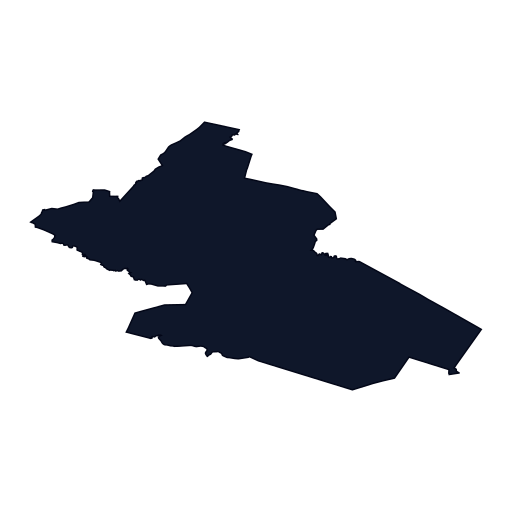 outline of Jaunannas pag., Aluksne, Latvia
{"feature_id": "27541924B81808948627950", "entity_name": "Jaunannas pag.", "entity_type": "district", "adm_level": 2, "iso_a3": "LVA", "parent_name": "Latvia", "parent_adm1": "Aluksne", "projection": "equal_earth", "projection_center": [27.083, 57.287], "detail": "fine", "context": "isolated", "style": "filled", "palette": "ink", "viewbox_px": 512, "rotation_deg": 0, "n_neighbors": 0, "source": "geoboundaries", "source_scale": "gbopen_adm2", "svg_char_len": 5972}
<svg xmlns="http://www.w3.org/2000/svg" viewBox="0 0 512 512"><path d="M258.4,360.8L352.4,389.8L373.0,383.4L382.9,380.8L394.5,378.1L409.0,357.1L449.0,369.6L448.8,373.3L449.1,373.8L449.2,374.5L459.0,373.0L459.0,372.8L456.4,371.3L456.2,369.3L454.1,367.9L456.1,364.9L481.3,329.4L444.7,308.6L427.8,299.3L419.4,294.3L406.9,287.6L398.7,283.1L398.9,283.0L359.6,261.7L358.9,261.5L356.6,261.7L355.7,261.7L355.3,261.1L355.7,260.6L355.6,260.3L354.8,259.5L354.0,259.1L351.5,258.5L349.8,258.6L348.4,259.0L347.5,259.6L346.9,259.7L345.9,259.2L345.8,258.9L345.2,258.7L340.7,258.1L340.3,258.2L339.8,258.6L337.6,259.0L336.9,258.7L336.3,256.9L336.4,256.5L336.3,256.2L335.6,255.9L334.6,256.0L334.2,256.2L334.1,256.5L334.5,256.8L334.5,257.3L333.1,257.7L332.4,258.0L331.9,258.0L331.5,257.4L331.4,256.7L330.6,256.5L330.0,256.8L329.8,257.3L329.6,257.4L328.5,257.2L328.1,256.8L328.4,255.7L328.3,255.1L328.0,254.5L327.7,253.4L326.0,253.4L325.5,253.7L325.5,253.9L326.8,254.4L327.3,254.9L326.7,255.3L325.2,255.3L324.9,255.1L323.7,253.4L323.3,253.1L322.7,252.8L322.2,252.8L321.9,253.1L321.7,254.4L321.5,254.8L321.0,254.7L319.7,254.0L319.3,254.0L318.0,255.5L317.3,255.5L316.7,253.6L316.2,253.0L315.1,252.3L313.6,250.7L312.8,250.3L311.2,250.2L311.8,249.6L313.2,247.8L314.6,243.8L315.3,241.4L316.7,240.4L316.7,239.0L314.0,235.3L314.0,235.1L316.0,230.4L317.0,229.4L317.3,229.2L323.1,229.1L328.5,224.7L329.8,224.4L329.8,223.6L336.3,218.8L335.0,212.0L329.6,206.6L320.6,197.0L317.7,194.3L317.0,193.7L306.8,191.7L302.9,190.7L302.8,190.9L287.2,186.6L279.6,185.1L272.5,184.0L266.1,182.9L250.5,179.4L244.5,178.2L246.6,169.8L247.3,168.2L251.1,156.2L251.9,154.3L245.4,151.7L225.6,146.1L222.9,145.0L222.9,144.1L223.9,144.0L224.6,143.8L224.4,143.6L224.9,143.2L226.1,143.1L226.2,142.9L225.5,142.6L227.1,142.4L229.1,140.7L229.9,140.3L232.1,139.5L232.2,139.0L230.7,138.2L230.6,137.6L230.3,137.5L230.1,137.2L231.0,137.0L231.3,136.4L232.0,135.8L231.9,135.6L232.1,135.0L232.4,134.7L233.1,134.7L234.1,135.0L234.5,135.0L235.0,134.6L235.2,134.0L235.3,134.0L236.7,134.1L237.3,134.4L237.6,134.4L237.1,133.6L237.0,133.2L237.0,132.8L237.4,132.3L238.1,132.0L238.7,131.5L238.7,130.9L239.2,129.7L204.5,122.2L199.4,127.4L196.9,129.4L189.5,134.6L187.2,135.8L184.9,137.2L180.3,140.9L176.1,142.9L171.3,145.0L169.8,146.0L168.6,147.0L166.0,150.9L164.6,152.7L162.4,154.2L161.1,154.7L160.5,155.3L158.2,159.1L162.4,165.5L161.2,166.2L158.9,167.0L155.3,169.2L154.1,171.0L148.1,175.8L147.4,175.9L146.1,176.4L145.8,176.8L145.6,177.1L145.2,177.4L143.3,177.7L142.4,178.0L142.3,178.3L142.3,179.4L142.2,179.9L141.9,180.1L140.8,180.3L140.6,180.6L140.2,180.7L139.8,180.8L139.0,180.5L138.4,180.7L138.0,181.1L136.9,181.2L136.8,181.4L136.5,181.7L136.4,181.8L136.8,182.2L136.7,182.3L136.1,182.4L135.8,182.6L135.8,182.8L136.2,183.2L136.2,183.3L135.5,183.9L135.5,184.2L135.3,184.5L134.2,185.1L133.4,186.4L119.8,201.3L118.6,198.9L117.5,197.5L117.4,197.3L117.7,196.4L117.1,196.3L115.4,196.4L109.7,196.3L109.5,192.6L109.6,191.6L104.6,190.0L95.4,190.1L93.3,189.9L92.8,190.9L92.7,191.5L93.4,191.9L93.2,193.4L92.7,197.7L89.3,201.7L88.5,202.2L84.5,202.2L78.9,202.5L73.8,204.4L65.8,206.9L61.0,208.1L57.7,209.2L51.8,208.5L44.8,210.3L44.6,209.6L42.7,210.0L42.2,211.9L41.8,212.2L41.4,213.3L41.6,213.6L40.9,214.5L39.0,216.2L30.7,222.1L31.5,222.5L32.7,222.8L35.2,224.2L35.4,227.1L37.1,227.4L43.5,229.7L52.5,233.7L55.0,235.2L55.1,235.3L54.8,235.5L54.7,237.3L53.4,239.1L52.1,240.1L52.2,241.7L57.3,242.6L60.6,243.5L61.8,243.2L62.7,243.3L63.3,243.6L63.6,244.1L63.7,244.8L63.9,245.1L64.2,245.2L65.4,245.2L66.8,244.9L67.8,244.9L68.1,245.5L68.6,246.4L69.0,246.7L69.3,247.4L69.7,247.5L71.2,247.8L72.0,247.6L72.4,247.4L72.6,246.3L73.1,245.9L74.1,245.9L76.4,246.7L76.7,246.9L77.1,247.5L77.2,247.9L77.1,249.4L77.1,250.0L77.6,250.3L78.9,250.8L79.6,251.2L81.1,251.7L82.1,252.3L82.5,252.8L82.6,253.4L82.3,254.2L82.8,254.7L83.2,254.8L83.7,254.8L85.0,254.3L85.4,254.8L85.4,255.1L85.2,255.4L84.7,255.7L83.0,256.0L82.8,256.1L82.9,256.3L84.6,256.7L86.0,256.3L86.3,256.3L86.9,256.7L87.3,257.1L86.6,257.7L86.7,258.1L89.1,259.0L89.6,259.6L90.0,259.8L93.8,260.2L95.4,260.6L100.9,262.4L101.5,263.0L100.8,264.5L102.1,265.1L103.5,265.5L103.8,266.4L104.3,267.2L105.4,267.5L106.8,268.9L109.7,270.3L110.1,270.0L113.3,270.3L113.8,270.7L115.1,270.3L115.6,271.0L117.6,270.6L118.7,271.1L121.4,270.8L122.1,269.9L122.5,269.8L122.7,269.3L124.9,268.3L125.9,268.6L127.3,268.3L127.3,268.7L128.0,269.0L127.8,269.5L127.3,269.5L127.2,270.0L127.6,270.5L129.3,271.6L129.2,272.0L129.6,272.4L130.6,272.7L128.9,273.6L130.6,275.0L130.7,275.8L131.5,276.4L133.4,276.9L134.4,279.7L135.1,279.6L135.4,280.0L136.1,280.1L136.5,279.9L137.3,280.1L137.7,279.6L139.0,279.2L139.7,279.4L140.4,280.0L140.6,280.0L141.2,279.5L141.6,279.4L142.4,279.7L143.4,280.4L144.2,280.5L144.7,280.2L145.1,280.6L146.6,284.4L147.3,284.2L147.1,283.8L151.2,284.0L157.8,285.9L162.7,285.9L165.3,286.1L165.6,286.0L166.4,285.1L166.8,284.9L186.7,283.5L189.5,287.9L192.2,292.7L185.5,304.6L164.3,305.0L163.8,305.2L141.0,311.4L135.0,313.1L128.3,328.1L126.3,332.1L149.7,338.1L150.3,338.4L150.7,338.2L151.1,338.3L152.0,338.0L152.0,337.6L151.8,337.4L152.1,337.2L151.9,336.8L152.2,336.4L154.5,336.9L154.8,336.8L156.0,335.7L157.7,335.7L158.3,335.1L159.2,335.1L159.9,334.9L160.4,334.9L161.2,335.4L160.0,335.8L159.2,336.5L158.5,337.3L158.5,337.7L158.6,338.0L158.9,338.5L161.0,340.8L162.1,342.7L162.7,343.5L163.9,344.4L164.9,344.8L166.8,344.9L168.6,345.3L170.5,345.8L172.6,345.9L174.4,346.3L178.5,346.2L183.9,345.8L190.3,345.4L192.1,345.5L194.7,346.3L196.3,346.6L200.8,346.0L203.2,346.4L203.9,346.7L205.1,347.6L206.3,348.3L206.8,348.8L207.1,349.4L207.2,350.0L206.9,350.8L205.8,352.2L205.5,353.0L205.5,353.4L206.0,354.6L207.3,356.4L207.6,356.3L208.1,355.6L208.9,355.0L210.6,354.2L212.0,352.3L212.7,351.8L216.4,351.7L217.9,351.5L218.8,351.7L219.6,352.3L221.2,353.1L221.7,353.6L222.5,355.3L223.3,355.8L226.7,357.3L227.3,357.5L229.3,357.6L234.8,358.5L238.4,358.8L248.2,357.3L248.8,357.0L249.1,356.5L258.4,360.8Z" fill="#0f172a" stroke="#020617" stroke-width="1.5"/></svg>